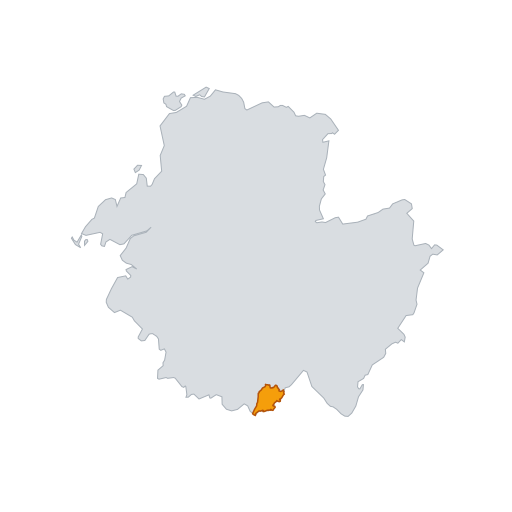 Germany, with Saarland highlighted, rotated 298°
{"feature_id": "DEU-1581", "entity_name": "Saarland", "entity_type": "State", "adm_level": 1, "iso_a3": "DEU", "parent_name": "Germany", "parent_adm1": "", "projection": "natural_earth1", "projection_center": [7.056, 49.367], "detail": "fine", "context": "in_parent", "style": "filled", "palette": "amber", "viewbox_px": 512, "rotation_deg": 298, "n_neighbors": 0, "source": "natural_earth", "source_scale": "10m", "svg_char_len": 5806}
<svg xmlns="http://www.w3.org/2000/svg" viewBox="0 0 512 512"><g transform="rotate(298 256 256)"><path d="M226.5,416.3L214.4,409.8L203.8,410.4L202.0,408.3L198.4,408.5L192.9,405.1L188.1,407.1L187.0,409.0L187.4,410.1L192.3,410.3L192.9,411.2L188.0,413.3L179.8,412.6L170.3,414.6L162.2,414.3L157.6,412.6L156.3,409.6L156.6,405.2L158.5,399.3L159.0,394.9L158.2,392.2L159.3,388.0L162.4,382.5L167.0,366.6L177.5,355.5L177.3,351.6L159.0,347.7L156.0,346.6L153.4,343.7L139.0,345.4L137.8,342.4L133.9,341.2L129.9,343.6L128.5,343.3L122.9,336.2L121.5,332.9L118.9,330.7L114.9,330.3L116.1,323.8L119.8,319.0L119.9,315.0L111.9,311.7L107.8,307.2L106.8,301.8L109.2,295.7L115.7,292.0L114.9,286.0L109.3,282.9L109.0,281.9L111.3,279.6L103.0,272.8L104.9,266.0L103.5,264.0L99.6,262.5L98.4,260.5L101.2,260.0L107.8,255.3L108.0,254.5L106.1,253.9L105.9,251.9L110.2,242.0L110.0,240.3L106.5,235.4L106.5,233.7L101.7,228.2L101.7,226.5L109.2,223.0L115.6,225.5L118.0,224.0L121.2,224.2L128.9,221.7L131.0,218.7L128.0,216.2L128.3,214.3L137.0,208.8L138.4,206.1L138.9,201.1L137.8,199.4L136.7,198.3L129.2,197.5L127.2,194.6L127.9,190.7L129.2,190.0L138.2,190.0L141.7,179.0L143.9,175.5L144.5,161.7L139.6,157.6L141.4,149.8L144.8,145.5L147.4,144.3L159.1,143.7L172.0,143.9L177.3,150.3L175.4,153.6L178.5,155.2L180.0,154.6L181.9,148.6L183.0,147.6L188.4,151.6L188.5,156.8L189.9,149.8L188.8,144.8L189.5,140.0L192.6,135.9L202.0,137.6L212.4,136.8L216.4,138.6L225.4,147.9L232.2,149.9L227.0,147.9L216.0,136.6L204.7,133.7L202.1,130.5L202.1,119.2L197.9,116.9L193.3,117.7L192.6,115.1L193.4,113.3L203.6,110.2L203.7,107.2L194.4,96.2L193.9,91.4L201.8,91.7L211.3,93.9L213.6,95.5L225.7,93.5L235.1,96.7L239.5,101.3L239.8,105.3L234.5,110.0L243.7,109.3L246.1,112.8L251.1,111.5L263.7,116.8L273.2,114.1L275.0,118.3L273.2,122.6L266.6,127.2L268.1,130.1L270.3,130.7L276.6,130.1L286.6,132.9L299.8,124.2L310.4,123.2L325.8,110.2L341.1,112.7L345.3,118.2L355.6,124.4L365.0,123.8L368.5,129.7L370.2,136.9L375.7,140.6L383.7,142.2L385.3,149.8L389.7,161.7L389.7,165.3L388.4,169.4L386.0,172.9L380.9,177.0L380.6,179.4L394.1,189.5L397.9,194.6L396.0,202.0L398.2,205.6L400.4,206.8L401.4,208.7L401.5,213.0L403.2,214.2L400.8,222.0L398.4,225.2L399.3,227.9L402.9,232.7L403.2,238.7L410.6,242.6L413.6,250.7L412.1,257.6L405.7,269.8L400.4,268.2L400.7,265.6L399.7,265.4L397.8,262.1L390.0,260.1L387.8,261.7L391.9,266.3L375.9,272.3L364.2,274.8L360.1,279.4L358.0,278.5L353.3,280.5L351.4,283.4L345.8,284.3L343.3,288.0L337.1,286.9L329.7,288.6L326.4,290.5L320.5,298.0L315.5,292.2L314.2,292.2L313.9,294.1L317.0,298.2L318.2,301.7L327.0,308.0L329.0,310.6L324.9,317.6L333.6,329.9L340.1,335.8L343.7,335.7L351.7,343.4L357.0,346.1L361.0,351.4L366.2,352.2L374.1,358.6L375.7,360.8L375.0,368.8L371.2,371.7L364.5,369.1L360.9,378.9L344.4,385.9L339.7,390.3L339.7,391.6L346.7,399.9L346.8,403.6L344.9,407.5L349.7,408.5L350.5,410.5L349.3,418.4L342.0,415.5L340.6,411.2L337.5,409.8L330.4,411.3L320.7,407.6L320.0,412.1L303.5,413.7L292.2,418.0L289.0,420.8L280.0,422.2L277.8,422.0L273.9,416.5L258.7,415.1L256.3,423.4L254.4,425.8L249.8,427.3L250.4,423.5L245.6,422.2L245.4,419.7L242.2,417.2L234.4,414.0L230.9,416.3L226.5,416.3ZM364.1,113.9L365.1,116.8L364.2,118.3L360.3,115.8L356.5,115.9L354.4,119.7L352.7,119.8L346.7,116.4L345.7,114.7L345.9,106.9L347.7,105.2L347.9,102.8L351.1,100.3L354.0,100.2L356.4,103.8L362.1,106.2L362.6,107.3L359.6,110.4L360.4,112.1L364.1,113.9ZM381.7,132.7L381.9,136.1L372.2,135.8L371.3,133.1L371.9,130.6L368.6,127.9L368.5,125.0L381.7,132.7ZM183.1,93.8L181.0,97.3L181.3,91.2L185.0,84.7L186.5,84.8L184.5,87.8L184.2,91.5L192.6,91.9L191.6,93.0L183.1,93.8ZM282.2,112.4L277.0,112.5L273.0,110.3L275.4,107.4L280.5,108.8L282.2,112.4ZM191.2,99.6L189.9,100.7L184.9,99.6L188.6,97.6L190.7,98.1L191.2,99.6Z" fill="#d9dde1" stroke="#a8b0b8" stroke-width="1"/><path d="M114.9,330.2L114.9,329.9L114.8,328.5L115.1,327.1L115.3,327.0L120.0,326.7L124.0,326.9L126.2,326.0L127.1,326.1L127.7,326.0L132.8,324.0L135.5,322.6L135.9,322.5L136.4,322.7L136.7,322.9L137.0,322.9L137.7,322.5L139.8,323.4L140.0,323.5L142.3,323.7L142.5,323.7L143.3,324.3L144.5,325.1L144.7,325.3L145.0,325.3L145.3,325.4L146.0,325.3L146.3,325.2L146.6,325.0L146.8,324.8L147.0,324.7L147.2,324.8L147.2,325.5L147.4,326.0L147.8,326.7L147.9,327.1L147.9,327.7L147.9,327.9L148.0,328.0L148.3,328.1L148.4,328.3L148.5,328.6L148.4,328.8L148.3,329.0L148.0,329.1L147.7,329.3L147.4,329.5L146.7,330.2L146.6,330.3L146.4,330.4L146.3,330.6L146.5,331.3L147.3,332.1L147.9,332.7L148.0,332.9L148.0,333.0L147.9,333.0L148.2,333.3L149.9,333.6L150.8,333.8L151.1,334.0L151.3,334.4L151.1,334.7L151.1,334.8L151.2,335.1L151.2,335.3L151.2,335.5L150.9,335.9L150.8,336.0L150.4,336.2L150.2,336.4L150.1,336.5L150.0,337.0L149.9,337.3L149.6,337.5L149.4,337.8L149.4,338.0L149.3,338.3L149.2,338.7L149.0,339.0L148.9,339.1L148.7,339.2L148.7,339.3L148.4,339.3L148.2,339.3L147.7,339.7L147.7,340.0L147.8,340.5L147.9,340.8L147.9,341.2L148.0,341.3L149.2,342.5L149.9,342.9L150.6,342.9L150.6,343.0L149.9,343.4L149.8,343.6L149.5,344.2L149.3,344.5L149.1,344.6L148.4,344.6L148.1,344.7L147.8,345.0L147.5,345.6L147.3,345.8L147.1,345.7L146.1,345.4L143.1,345.3L142.6,345.2L142.0,344.9L140.7,344.1L140.2,344.4L140.2,344.6L140.3,344.9L140.3,345.1L139.2,345.6L138.4,345.1L138.0,343.9L138.0,342.3L137.3,342.3L135.1,341.3L134.7,341.2L133.7,341.3L132.3,341.0L131.9,341.1L131.7,341.7L132.0,342.5L132.1,343.2L131.5,343.9L131.1,343.9L129.7,343.5L128.1,343.5L127.7,343.4L127.3,342.7L127.4,342.2L127.6,341.6L127.3,340.9L127.2,340.9L126.7,341.2L126.4,340.7L126.3,340.4L126.0,339.6L125.8,339.5L125.4,339.3L125.2,339.2L125.2,338.6L125.2,338.4L122.8,336.5L122.3,335.9L122.0,335.4L122.2,335.0L122.9,335.0L123.0,334.6L122.9,334.3L121.2,332.8L121.0,332.5L121.0,332.3L120.9,331.9L120.7,331.5L120.1,331.1L116.9,329.7L116.5,329.7L116.3,329.8L115.6,330.2L115.2,330.2L114.9,330.2Z" fill="#f59e0b" stroke="#b45309" stroke-width="1.5"/></g></svg>